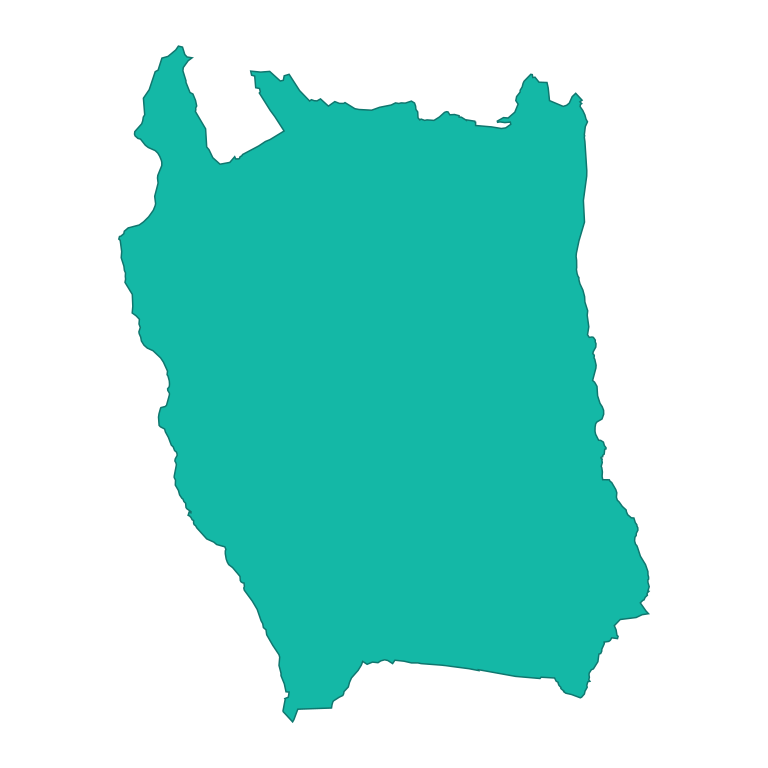 Malureni, Arges, Romania (Robinson projection)
{"feature_id": "2599482B85608070722935", "entity_name": "Malureni", "entity_type": "district", "adm_level": 2, "iso_a3": "ROU", "parent_name": "Romania", "parent_adm1": "Arges", "projection": "robinson", "projection_center": [24.772, 45.057], "detail": "fine", "context": "isolated", "style": "filled", "palette": "teal", "viewbox_px": 768, "rotation_deg": 0, "n_neighbors": 0, "source": "geoboundaries", "source_scale": "gbopen_adm2", "svg_char_len": 6082}
<svg xmlns="http://www.w3.org/2000/svg" viewBox="0 0 768 768"><path d="M646.0,611.0L640.3,602.9L642.9,600.3L644.0,599.9L645.2,597.3L647.4,595.2L647.0,593.9L647.5,592.7L648.9,591.3L647.9,591.0L649.2,586.7L647.9,582.2L647.9,579.9L648.6,579.2L648.6,577.0L648.0,575.0L647.9,571.5L645.5,564.6L640.4,556.2L637.6,547.6L636.8,545.6L635.6,544.3L634.6,541.0L634.9,537.3L636.2,535.5L636.3,533.3L637.9,530.2L637.8,527.7L637.0,526.2L636.8,524.7L635.3,522.6L633.9,518.0L631.3,517.8L627.7,514.7L626.5,511.9L626.1,509.9L622.3,506.4L619.1,501.9L617.3,500.2L616.4,497.2L616.8,492.8L615.8,489.6L611.7,482.5L610.0,481.2L609.3,479.8L602.7,479.7L602.1,476.3L602.4,472.0L601.8,467.7L601.2,466.4L602.3,462.5L601.9,460.5L602.2,459.1L601.2,458.6L601.0,457.4L602.7,456.7L602.7,455.4L604.2,454.1L604.7,449.3L606.0,448.9L606.0,447.7L604.4,445.6L603.4,442.1L600.7,440.4L598.6,440.2L595.6,434.2L595.0,431.2L595.1,427.0L595.7,423.7L597.0,421.9L602.0,419.0L603.7,414.2L603.6,410.3L602.2,406.7L600.0,403.3L597.6,395.8L597.0,386.4L594.6,382.2L592.6,380.5L595.9,368.1L596.1,365.2L594.8,359.3L594.0,357.9L594.3,355.7L593.8,354.5L592.8,353.7L593.3,351.6L595.8,347.1L596.0,343.7L595.2,341.8L595.3,340.1L593.4,337.4L592.0,337.0L589.3,337.4L587.5,334.8L588.8,326.8L587.2,315.3L587.7,310.8L584.9,302.0L584.6,296.6L582.9,290.1L579.9,283.7L578.9,279.7L578.9,277.6L578.0,276.3L577.1,273.7L576.4,269.4L576.7,267.5L576.6,260.4L576.1,256.4L576.4,253.1L579.0,240.7L584.5,222.1L583.4,200.5L586.7,176.1L586.8,170.8L584.9,141.5L584.3,137.2L584.7,135.7L584.3,135.0L585.3,126.6L587.5,121.8L586.0,119.1L584.9,115.0L582.8,110.5L580.1,106.6L580.4,104.5L581.7,103.6L579.9,101.8L582.1,100.2L575.7,93.3L572.2,96.6L569.3,103.1L566.6,105.3L563.2,106.4L549.5,100.6L548.2,88.0L547.0,82.5L539.0,82.2L535.0,77.2L532.8,77.5L532.3,74.6L530.8,74.3L524.1,81.2L523.1,83.3L522.2,86.9L520.2,90.2L520.1,92.1L516.6,96.6L515.8,100.6L518.1,104.1L514.8,112.2L508.1,118.0L503.5,117.6L497.3,121.1L497.6,122.3L500.0,121.9L504.9,122.6L510.3,122.1L510.8,124.3L505.7,127.9L501.4,128.5L491.6,126.9L475.6,125.5L475.6,122.2L474.9,122.0L474.8,121.2L466.6,119.9L466.5,120.4L461.4,117.2L459.1,117.0L459.1,115.7L454.5,114.5L449.8,114.8L448.0,111.9L446.4,111.7L444.5,112.4L439.4,117.0L434.0,120.4L427.0,119.9L424.7,120.4L421.1,119.1L419.8,119.9L418.0,117.8L417.7,111.9L415.9,109.4L415.6,106.1L414.5,103.0L411.4,101.1L405.3,103.1L401.1,102.9L398.9,103.5L395.5,102.9L391.2,105.0L379.6,107.3L371.6,110.2L359.0,109.5L354.9,108.7L345.0,102.6L343.7,103.4L339.4,103.4L334.8,101.6L328.4,106.1L320.5,98.9L317.0,100.9L314.2,100.7L311.4,99.7L309.6,101.0L299.6,90.6L289.1,74.3L284.2,75.8L283.3,80.3L280.3,81.0L269.7,71.4L260.6,72.1L250.7,71.1L251.6,75.2L254.7,76.1L255.7,87.7L259.5,88.5L260.3,91.8L259.3,93.0L270.3,110.5L274.8,116.6L284.1,131.0L270.0,139.6L265.4,141.5L258.8,145.9L242.6,154.5L241.7,155.9L240.1,156.7L239.4,158.5L238.6,158.9L235.7,158.9L234.7,156.7L229.8,162.4L220.0,164.2L212.8,157.7L209.0,149.7L206.7,147.0L205.6,128.8L195.4,111.5L195.8,109.9L195.7,107.9L196.7,106.0L195.5,100.3L192.9,94.0L190.0,92.5L185.9,82.2L186.0,80.8L182.9,70.8L183.3,67.5L188.2,60.7L192.1,57.8L187.1,57.0L184.8,54.5L182.5,47.1L178.4,46.1L175.7,50.0L168.0,56.4L161.9,58.1L158.1,70.1L155.2,71.7L149.2,89.7L143.4,98.2L144.7,114.8L143.3,117.1L142.7,120.9L141.7,123.8L134.8,131.6L134.5,134.1L135.1,135.9L137.9,138.4L140.5,139.1L145.3,145.2L148.3,147.5L155.2,150.6L157.8,153.1L159.7,156.3L161.2,160.0L161.8,162.2L161.8,165.5L157.8,175.4L157.5,178.0L158.1,183.1L154.7,196.3L155.6,203.7L155.2,205.6L153.3,210.3L148.6,216.9L143.5,221.9L139.2,225.0L128.2,227.9L124.3,231.2L123.8,233.7L120.8,236.2L119.5,236.5L118.8,239.1L120.2,240.3L121.7,251.6L121.2,257.7L123.9,266.2L124.4,270.4L125.5,272.9L125.3,276.4L125.6,279.1L125.0,282.4L132.3,294.4L132.8,306.3L132.2,313.0L136.1,315.8L139.4,319.3L139.0,324.0L140.3,327.5L138.9,331.8L139.2,333.7L140.7,337.2L141.4,341.0L144.0,345.2L147.3,348.1L153.0,350.7L160.6,357.9L163.4,362.1L167.5,371.1L167.1,374.7L168.0,376.1L169.3,380.9L169.5,384.1L169.3,386.6L167.6,388.8L167.8,390.5L169.4,393.1L169.4,394.9L166.5,405.3L165.2,406.5L160.9,407.6L160.5,408.4L159.0,413.8L158.5,417.1L159.1,425.4L160.4,426.8L164.6,429.0L165.4,431.9L168.4,437.4L171.3,445.1L173.2,446.9L174.6,450.6L176.3,451.9L176.9,453.3L177.2,455.3L175.2,459.0L174.9,461.0L175.9,462.8L176.4,464.8L174.2,476.2L174.2,477.5L175.5,480.1L175.3,485.1L178.4,490.4L179.6,494.9L181.9,498.3L183.0,499.1L183.9,501.5L185.6,503.2L186.0,507.5L186.8,508.7L191.0,511.7L190.9,512.8L189.1,512.1L188.1,515.3L189.6,516.0L191.0,517.5L192.2,519.8L193.6,520.5L193.6,523.1L194.1,524.6L195.6,525.7L196.8,527.9L206.7,538.9L213.8,542.1L216.6,544.5L224.8,546.8L225.9,549.3L225.3,550.9L225.3,553.8L226.2,559.0L227.3,562.1L228.7,564.6L232.6,567.6L240.0,576.4L240.3,580.5L241.1,581.9L242.8,582.9L244.0,583.0L244.4,586.5L243.8,588.0L244.3,590.2L252.3,601.1L257.2,609.4L261.1,620.8L262.7,623.6L263.4,627.6L266.0,629.8L266.7,634.8L272.8,645.4L279.0,654.7L279.7,657.2L279.0,665.4L281.0,673.2L281.0,675.7L284.3,683.8L286.0,691.8L289.1,692.1L288.3,697.2L284.8,698.6L285.2,699.3L283.0,710.8L283.2,711.7L292.6,721.9L293.9,719.7L297.8,709.2L331.5,708.0L332.0,704.8L332.8,702.0L333.5,700.9L339.4,697.1L342.8,695.5L343.6,693.9L344.0,691.6L348.3,687.0L349.5,682.4L351.5,677.9L358.1,670.4L361.4,665.0L362.7,661.4L367.1,664.3L372.5,662.1L378.0,662.7L380.7,660.9L384.6,659.8L387.8,660.5L392.6,663.6L394.9,660.2L404.0,661.2L411.4,662.9L417.9,662.9L421.0,663.6L442.1,665.2L469.0,668.7L478.8,670.6L478.5,669.7L515.6,676.4L540.0,678.5L541.1,677.2L554.6,678.0L556.1,681.1L558.2,682.4L558.2,683.5L559.0,685.4L560.9,687.4L560.9,688.6L564.0,691.2L563.7,691.7L565.8,693.2L571.5,694.5L580.3,697.8L581.6,697.2L584.4,694.0L585.0,691.2L587.2,687.3L586.8,685.3L587.6,682.5L588.1,681.6L589.9,681.3L588.8,679.6L589.4,677.3L589.0,674.9L589.2,673.1L591.4,669.7L593.4,668.9L597.9,661.7L598.9,654.1L600.7,653.5L601.7,651.4L601.9,649.0L604.3,643.7L604.1,642.1L608.8,641.4L610.3,640.3L611.8,637.8L617.5,638.6L618.1,636.3L617.0,635.4L616.1,629.9L614.3,625.7L620.2,619.5L636.2,617.5L642.1,614.7L648.5,613.7L646.0,611.0Z" fill="#14b8a6" stroke="#0f766e" stroke-width="1.5"/></svg>